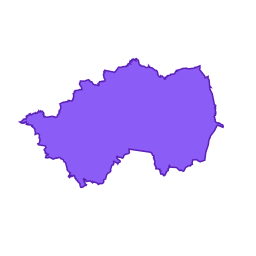 the district of Quitupan, Jalisco, Mexico, rotated 64°
{"feature_id": "50627088B17402794526783", "entity_name": "Quitupan", "entity_type": "district", "adm_level": 2, "iso_a3": "MEX", "parent_name": "Mexico", "parent_adm1": "Jalisco", "projection": "orthographic", "projection_center": [-102.887, 19.794], "detail": "fine", "context": "isolated", "style": "filled", "palette": "violet", "viewbox_px": 256, "rotation_deg": 64, "n_neighbors": 0, "source": "geoboundaries", "source_scale": "gbopen_adm2", "svg_char_len": 5800}
<svg xmlns="http://www.w3.org/2000/svg" viewBox="0 0 256 256"><g transform="rotate(64 128 128)"><path d="M160.6,196.5L161.2,195.3L161.3,193.7L160.6,192.3L161.3,191.0L160.7,190.2L160.2,190.7L159.1,190.9L157.7,190.6L157.1,191.0L156.7,190.9L156.8,190.1L154.5,190.5L154.2,190.1L154.8,189.4L156.8,188.5L158.1,188.4L158.6,186.2L159.1,185.6L159.2,185.0L161.6,183.9L160.8,183.1L161.9,182.5L161.9,181.8L164.2,179.7L165.7,179.5L165.8,178.6L165.3,178.0L166.5,176.1L166.6,174.8L165.7,173.3L164.1,172.8L163.9,172.0L164.0,170.5L160.8,167.8L159.9,166.2L159.8,163.8L159.0,162.2L157.8,162.0L154.6,159.0L154.4,158.3L154.6,157.9L154.4,157.8L154.5,157.1L153.8,156.9L153.6,156.2L151.7,155.7L152.4,154.4L153.3,154.3L154.2,153.4L155.1,153.2L155.3,152.6L155.7,152.7L154.9,151.4L155.0,149.9L154.4,149.5L150.9,151.0L149.0,151.0L148.7,150.4L148.8,150.0L149.8,149.6L151.8,146.7L152.4,146.6L152.7,146.0L152.5,145.3L150.9,143.6L150.5,142.5L151.2,138.5L150.7,137.5L147.4,136.4L159.7,118.3L160.5,118.1L160.7,117.6L163.2,117.9L164.3,116.9L165.0,117.2L165.9,118.2L166.7,117.8L167.3,118.4L169.4,118.3L171.5,119.6L171.8,120.0L172.3,119.7L173.0,120.1L174.2,120.1L175.2,119.7L176.1,120.5L177.0,120.8L177.1,120.1L178.9,117.7L179.0,118.0L179.9,118.0L180.9,117.9L181.2,117.5L181.5,118.3L183.8,118.7L184.1,117.5L185.4,117.1L185.4,116.7L186.6,116.7L186.7,115.7L185.7,114.2L184.6,113.4L184.8,113.0L183.9,112.0L183.8,110.4L182.2,109.8L182.0,109.5L182.2,109.3L181.6,108.2L180.6,108.2L179.8,107.2L181.8,107.0L184.8,101.7L188.8,100.3L189.1,98.7L189.7,98.5L191.1,97.2L191.1,96.6L188.8,93.5L188.5,89.8L189.4,88.6L189.3,88.0L188.7,87.8L188.6,87.3L188.9,86.1L187.5,85.7L185.1,83.9L185.4,82.8L186.5,80.6L186.4,80.3L188.4,79.3L190.0,77.9L190.6,73.1L184.0,68.8L178.4,63.3L174.3,60.5L172.8,58.9L172.9,58.7L171.3,57.3L168.2,51.3L165.1,47.3L164.7,46.2L169.0,42.4L168.2,41.6L166.7,41.6L166.3,42.3L163.4,44.0L163.3,44.5L162.9,44.6L162.8,45.2L161.7,46.3L159.8,46.7L158.7,45.9L157.3,46.0L156.8,45.6L155.4,45.5L155.1,45.3L155.0,44.2L154.1,43.1L153.6,42.9L153.9,43.7L153.1,43.6L152.9,42.6L152.3,42.1L152.0,42.3L149.3,41.4L149.4,41.1L147.9,40.3L147.6,41.0L146.2,39.3L144.8,40.1L134.0,37.3L130.1,37.4L129.7,37.2L129.3,37.5L126.9,36.6L127.7,35.7L125.7,36.1L120.4,34.1L118.3,34.3L116.8,33.4L116.7,36.7L115.0,36.3L106.7,38.1L105.5,36.9L103.6,36.1L103.4,40.8L102.8,41.1L103.2,41.8L103.2,42.5L101.2,48.1L100.0,49.0L98.5,52.6L98.3,55.6L97.5,59.1L98.5,59.1L98.1,60.4L99.5,62.1L99.5,63.5L98.4,66.1L99.2,66.8L98.3,69.3L99.0,69.9L98.5,70.7L99.2,71.5L98.8,72.3L100.4,72.7L100.5,73.4L96.3,74.5L96.3,75.3L95.4,75.7L96.3,76.5L96.4,76.9L94.2,77.7L92.3,77.7L92.3,77.4L90.4,77.0L88.8,77.1L88.5,78.1L84.5,80.0L83.0,82.0L82.6,81.7L81.1,82.1L81.6,82.3L82.2,83.4L81.8,84.9L80.9,85.8L79.4,86.6L79.1,87.5L78.4,88.2L78.4,88.6L77.5,89.4L77.1,89.1L76.7,89.7L74.9,89.9L71.7,89.0L69.6,90.1L69.3,89.5L69.3,92.0L69.8,91.4L70.8,91.5L69.2,92.9L68.2,93.1L68.9,94.4L67.8,94.0L68.6,94.9L69.7,95.4L68.9,96.2L69.7,96.2L69.3,97.1L69.6,97.1L70.2,98.1L71.4,97.8L70.3,99.6L70.8,100.4L72.5,100.9L71.6,101.1L71.3,101.5L71.5,102.3L72.0,102.8L71.6,103.2L70.5,106.2L70.4,107.8L69.3,109.5L69.3,110.2L70.0,111.0L72.1,115.5L65.9,123.7L67.4,124.5L66.9,125.0L68.5,125.7L69.1,126.6L72.9,127.6L74.5,127.3L75.6,128.1L75.5,129.5L74.9,129.8L75.3,130.3L74.5,131.2L74.5,132.1L73.9,133.2L74.8,134.1L74.9,135.5L75.9,135.6L76.4,135.2L76.9,135.5L76.5,136.6L75.0,138.1L74.7,139.2L72.8,140.2L71.1,140.2L70.5,140.5L69.8,141.6L68.8,141.6L68.2,142.2L67.4,142.1L66.9,144.6L66.9,146.4L64.9,150.2L66.2,151.1L66.5,151.9L67.6,152.4L70.8,152.0L73.3,152.6L72.2,154.8L72.4,155.4L71.6,158.3L71.2,158.8L71.4,159.8L71.6,160.2L72.2,160.0L72.9,160.5L73.0,162.1L74.1,162.3L76.7,163.5L77.0,164.2L78.0,164.5L77.8,164.7L78.4,165.7L79.1,166.3L78.8,167.4L77.9,168.3L77.9,168.7L77.3,169.0L77.0,169.8L77.9,170.7L77.0,173.1L76.9,174.2L76.5,174.8L76.4,178.5L80.1,179.3L81.8,180.9L82.3,182.3L83.5,182.2L83.4,183.0L84.1,183.3L85.0,184.3L85.5,185.8L86.0,185.8L86.9,187.1L86.6,188.8L85.7,189.0L84.1,191.4L82.7,196.5L81.3,197.5L81.4,198.3L81.1,198.7L79.8,198.0L79.4,198.4L78.8,198.4L78.7,197.8L78.1,197.8L78.0,197.3L77.0,197.3L76.3,197.7L75.5,197.5L75.2,198.3L75.3,198.6L74.3,199.2L75.0,200.0L74.9,200.4L74.5,200.7L73.5,200.7L74.1,201.4L74.2,202.8L74.8,203.1L74.4,204.6L73.6,204.7L73.9,205.4L73.5,206.6L73.8,209.1L73.2,209.6L73.2,210.1L72.4,210.6L72.2,210.2L72.1,210.7L72.8,211.2L73.1,212.1L72.6,212.8L73.4,213.7L72.9,213.7L72.7,214.1L73.2,214.5L73.9,214.4L75.3,215.9L74.6,216.8L74.3,218.1L75.3,220.1L75.2,220.8L75.6,221.4L75.2,222.6L76.2,222.1L76.1,221.5L77.4,221.1L77.5,220.4L78.1,219.4L77.7,219.1L77.8,217.1L78.2,217.6L79.6,217.0L80.2,217.8L81.2,216.5L80.8,216.0L81.2,216.0L81.9,215.5L82.4,214.2L83.7,213.5L83.9,212.7L84.3,212.7L84.5,213.7L87.3,212.3L87.7,212.5L88.2,212.1L89.6,212.8L92.3,213.4L92.4,213.9L93.1,214.3L93.2,212.2L93.6,211.4L94.1,210.8L95.6,210.7L98.0,212.3L98.9,211.8L99.8,212.0L100.1,212.7L101.2,212.9L102.3,214.1L102.9,215.2L102.7,215.9L103.8,215.9L107.8,210.2L109.6,210.3L110.6,212.8L111.5,213.0L112.5,212.6L113.4,212.9L114.2,212.8L114.2,213.3L114.5,213.3L115.4,212.2L116.0,212.1L116.5,211.3L117.1,211.4L117.1,212.4L116.6,213.6L117.8,214.2L118.4,215.1L118.9,214.7L118.9,214.1L119.2,214.0L119.8,213.0L119.6,211.5L120.4,211.2L121.3,210.0L122.2,209.8L123.2,208.7L123.2,207.9L123.4,207.7L123.3,206.3L123.5,205.4L123.8,205.4L124.0,205.0L124.3,202.6L124.7,202.2L126.6,201.6L126.8,201.0L128.2,200.1L130.2,200.3L131.6,199.3L138.4,200.6L138.6,201.0L139.0,201.0L141.2,200.5L142.9,199.4L143.5,200.5L144.7,201.2L145.0,202.3L145.6,202.8L146.0,202.4L146.9,202.3L146.5,200.8L145.7,200.4L145.6,199.9L145.8,199.3L147.0,199.5L146.9,197.4L147.2,197.1L148.2,197.4L149.0,197.1L149.6,197.6L150.8,196.9L151.2,197.3L151.8,197.3L152.4,196.8L153.5,196.5L153.9,196.7L157.0,195.6L158.3,196.2L160.6,196.5Z" fill="#8b5cf6" stroke="#5b21b6" stroke-width="1.5"/></g></svg>